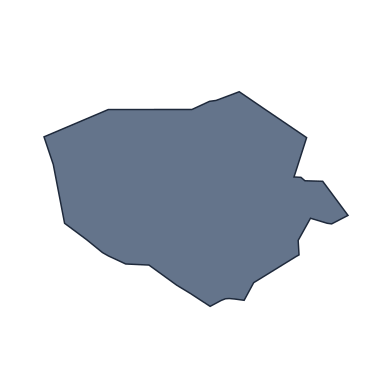 Marcelino Vieira, Rio Grande do Norte, Brazil, rotated 241°
{"feature_id": "56859067B45059520856081", "entity_name": "Marcelino Vieira", "entity_type": "district", "adm_level": 2, "iso_a3": "BRA", "parent_name": "Brazil", "parent_adm1": "Rio Grande do Norte", "projection": "orthographic", "projection_center": [-38.185, -6.281], "detail": "fine", "context": "isolated", "style": "filled", "palette": "slate", "viewbox_px": 384, "rotation_deg": 241, "n_neighbors": 0, "source": "geoboundaries", "source_scale": "gbopen_adm2", "svg_char_len": 595}
<svg xmlns="http://www.w3.org/2000/svg" viewBox="0 0 384 384"><g transform="rotate(241 192 192)"><path d="M262.8,251.3L264.2,231.9L304.7,158.8L312.0,89.3L283.3,84.0L226.4,65.4L201.2,76.8L182.5,84.3L176.6,87.9L161.2,99.1L149.0,118.9L117.6,133.6L104.2,141.3L83.2,152.4L83.0,165.0L82.4,169.5L80.8,172.9L77.6,177.6L72.0,185.1L82.8,202.0L85.1,251.5L85.1,255.1L98.2,261.4L111.6,282.9L99.1,295.1L96.4,298.7L95.9,317.1L138.0,311.5L147.1,296.2L152.0,294.4L155.7,288.5L162.9,296.2L184.0,318.6L230.5,295.1L256.8,281.9L260.4,257.5L262.8,251.3Z" fill="#64748b" stroke="#1e293b" stroke-width="1.5"/></g></svg>